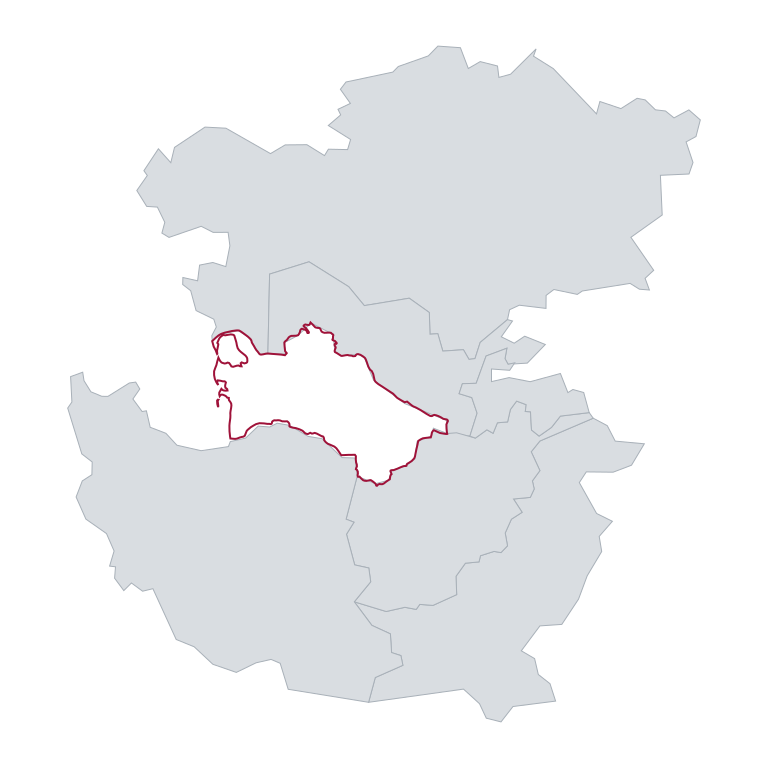 Turkmenistan highlighted, orthographic projection
{"feature_id": "TKM", "entity_name": "Turkmenistan", "entity_type": "country or territory", "adm_level": 0, "iso_a3": "TKM", "parent_name": "Asia", "parent_adm1": "", "projection": "orthographic", "projection_center": [58.325, 38.975], "detail": "fine", "context": "with_neighbors", "style": "outline", "palette": "rose", "viewbox_px": 768, "rotation_deg": 0, "n_neighbors": 6, "source": "natural_earth", "source_scale": "50m", "svg_char_len": 10095}
<svg xmlns="http://www.w3.org/2000/svg" viewBox="0 0 768 768"><path d="M700.3,119.9L696.0,136.5L686.1,141.9L693.0,162.5L689.0,174.0L660.4,175.3L662.2,215.0L630.9,237.3L653.7,270.3L645.1,278.3L649.4,290.0L639.4,289.2L630.1,283.4L582.3,291.0L577.3,294.4L553.9,289.5L546.1,295.4L546.0,308.4L519.3,305.2L509.6,309.7L507.5,319.6L480.2,342.4L475.0,358.6L469.0,359.4L463.4,349.7L442.8,351.1L437.8,333.7L430.0,334.2L429.3,312.5L409.2,298.2L364.3,305.6L348.7,286.7L309.0,261.8L269.6,274.1L267.9,353.8L259.6,354.6L248.9,337.3L238.3,330.7L219.9,334.3L212.3,341.0L211.8,335.7L216.3,327.0L213.8,319.2L196.1,310.6L190.7,290.7L182.7,284.5L182.9,277.5L197.6,280.8L199.6,265.1L212.8,262.5L225.8,266.6L229.9,245.8L228.1,232.3L213.2,232.4L201.2,226.3L169.0,237.4L161.9,233.1L164.8,222.3L157.4,207.1L146.7,206.4L136.8,190.5L147.3,175.5L143.9,170.7L158.4,148.8L170.8,162.7L174.5,147.4L205.0,127.1L225.9,128.2L270.5,153.6L285.2,144.9L306.9,144.7L324.5,155.6L328.4,149.2L347.6,149.6L350.6,139.5L328.3,125.5L340.7,114.9L338.0,109.3L350.4,103.4L340.4,89.3L346.0,82.0L392.8,72.1L398.3,66.5L428.3,55.9L437.9,46.1L460.4,47.7L468.3,68.5L480.2,61.6L497.5,66.0L498.9,77.4L510.6,74.2L536.1,48.9L533.5,56.2L553.3,68.6L596.5,113.9L599.9,101.5L620.9,108.6L637.1,98.3L645.2,99.9L655.4,109.8L665.5,111.0L674.0,117.9L688.9,109.9L700.3,119.9Z" fill="#d9dde1" stroke="#a8b0b8" stroke-width="1"/><path d="M267.9,353.8L269.6,274.1L309.0,261.8L348.7,286.7L364.3,305.6L409.2,298.2L429.3,312.5L430.0,334.2L437.8,333.7L442.8,351.1L463.4,349.7L469.0,359.4L475.0,358.6L480.2,342.4L507.5,319.6L512.5,321.0L501.3,336.8L514.2,343.2L524.7,336.2L545.3,344.5L527.3,363.1L508.1,364.3L505.0,358.7L506.9,348.2L486.1,356.0L476.2,383.3L462.4,383.7L459.1,393.7L471.8,397.6L477.1,413.2L469.9,436.1L447.1,433.5L446.4,420.3L404.8,403.6L373.5,380.0L364.5,358.0L358.8,354.3L341.3,355.8L334.9,351.5L332.9,334.3L311.2,323.1L297.7,335.6L283.8,342.9L286.3,353.9L267.9,353.8Z" fill="#d9dde1" stroke="#a8b0b8" stroke-width="1"/><path d="M644.3,443.8L631.5,465.2L613.1,472.2L586.3,471.9L579.3,482.6L596.6,513.5L612.4,521.3L599.2,536.4L601.7,551.5L587.2,575.8L578.5,599.2L561.8,624.4L539.9,625.9L521.3,650.8L534.6,658.6L538.3,674.5L550.0,683.7L555.6,701.1L513.0,706.5L501.0,721.9L486.3,718.2L479.5,703.7L463.5,689.1L368.6,702.3L375.3,677.5L402.9,665.3L400.9,655.6L391.6,652.6L390.4,633.9L371.9,625.4L354.3,601.8L386.2,611.5L404.9,607.3L416.2,609.4L419.8,604.4L433.0,605.4L456.7,594.6L456.0,576.3L465.4,563.2L479.0,561.9L480.5,555.7L494.1,551.4L501.0,552.6L507.5,545.8L505.2,533.0L511.4,519.2L522.1,512.3L513.5,499.0L530.3,497.4L534.2,489.0L532.4,480.9L539.9,470.6L531.2,451.8L539.9,441.0L593.2,418.2L607.3,425.7L615.2,441.1L644.3,443.8Z" fill="#d9dde1" stroke="#a8b0b8" stroke-width="1"/><path d="M447.1,433.5L456.6,432.8L475.4,438.1L486.9,429.8L493.1,433.3L497.4,422.8L507.6,421.9L510.4,409.5L516.6,401.1L526.2,404.7L525.3,411.5L530.5,411.8L531.5,430.0L539.1,436.1L551.5,427.4L560.4,416.1L589.2,412.6L593.2,418.2L539.9,441.0L531.2,451.8L539.9,470.6L532.4,480.9L534.2,489.0L530.3,497.4L513.5,499.0L522.1,512.3L511.4,519.2L505.2,533.0L507.5,545.8L501.0,552.6L494.1,551.4L480.5,555.7L479.0,561.9L465.4,563.2L456.0,576.3L456.7,594.6L433.0,605.4L419.8,604.4L416.2,609.4L404.9,607.3L386.2,611.5L354.3,601.8L370.7,581.8L368.8,568.0L354.7,564.9L346.5,534.2L354.0,522.2L346.1,519.2L357.2,476.2L375.4,483.7L388.6,480.2L391.8,470.2L405.4,466.2L414.8,459.0L417.2,441.4L431.3,436.1L433.4,428.2L447.1,433.5Z" fill="#d9dde1" stroke="#a8b0b8" stroke-width="1"/><path d="M469.9,436.1L477.1,413.2L471.8,397.6L459.1,393.7L462.4,383.7L476.2,383.3L486.1,356.0L506.9,348.2L505.0,358.7L508.1,364.3L514.7,362.8L509.7,370.3L491.5,369.0L491.5,381.6L509.1,377.6L530.2,381.7L560.4,373.5L567.9,392.6L572.9,389.5L583.7,392.5L589.2,412.6L560.4,416.1L551.5,427.4L539.1,436.1L531.5,430.0L530.5,411.8L525.3,411.5L526.2,404.7L516.6,401.1L510.4,409.5L507.6,421.9L497.4,422.8L493.1,433.3L486.9,429.8L475.4,438.1L469.9,436.1Z" fill="#d9dde1" stroke="#a8b0b8" stroke-width="1"/><path d="M123.8,590.6L114.6,578.2L115.5,566.8L109.6,566.1L114.1,551.0L106.5,533.6L85.9,519.1L76.1,497.0L82.3,480.9L91.9,474.7L92.2,462.0L81.8,453.9L67.7,408.1L71.9,402.0L70.6,376.6L82.7,372.2L84.0,380.7L90.9,391.8L101.8,396.3L107.9,396.4L129.3,383.0L135.7,382.1L139.8,389.0L132.9,399.0L142.1,411.5L146.4,410.8L150.2,427.3L165.9,433.3L176.9,445.2L201.1,450.7L228.4,446.6L230.3,441.6L245.6,438.1L258.2,426.1L269.7,427.0L277.2,423.2L289.3,425.3L308.2,436.4L322.0,438.7L342.1,457.6L355.1,458.0L357.2,476.2L346.1,519.2L354.0,522.2L346.5,534.2L354.7,564.9L368.8,568.0L370.7,581.8L354.3,601.8L371.9,625.4L390.4,633.9L391.6,652.6L400.9,655.6L402.9,665.3L375.3,677.5L368.6,702.3L288.2,689.3L280.2,663.3L271.0,659.4L256.1,662.8L236.3,672.4L212.9,664.3L194.2,646.8L176.2,639.5L152.9,588.7L142.6,591.2L131.4,583.0L123.8,590.6Z" fill="#d9dde1" stroke="#a8b0b8" stroke-width="1"/><path d="M268.1,353.5L272.4,353.9L276.3,354.2L281.1,354.6L282.5,354.8L284.2,355.1L285.0,355.2L285.8,354.2L286.3,353.7L286.7,353.3L286.6,352.8L286.0,352.4L285.1,351.1L284.6,346.4L284.4,342.3L285.5,341.0L286.8,340.1L288.7,337.4L289.7,336.6L291.2,335.9L296.1,335.7L298.1,335.2L298.8,334.3L299.9,332.1L300.3,330.2L300.9,329.4L301.6,328.8L302.3,328.8L303.8,329.4L304.9,329.7L305.7,330.1L306.4,330.7L307.1,331.8L307.2,332.6L307.5,333.0L308.0,333.0L308.5,333.0L308.7,332.9L308.9,332.5L308.8,332.0L307.8,330.5L305.8,327.9L304.4,326.9L303.7,326.3L303.6,325.7L304.4,324.9L305.3,324.5L306.8,324.8L308.8,325.0L309.6,324.6L310.5,322.5L312.8,324.7L315.1,327.2L316.0,327.6L317.7,327.9L319.1,328.0L319.7,328.2L320.3,328.9L321.6,331.6L322.8,332.3L324.4,332.8L329.4,332.6L330.9,332.8L332.2,334.0L333.0,334.5L333.3,335.0L333.3,335.5L333.0,336.3L333.0,337.6L332.9,338.7L332.5,339.2L332.4,339.7L332.7,340.1L335.1,341.1L335.9,342.1L336.5,342.6L336.7,343.3L336.3,343.8L335.2,343.6L334.6,344.3L334.7,345.6L335.5,346.8L335.7,347.8L335.2,348.9L334.7,350.4L334.7,351.5L335.0,352.1L336.9,353.1L341.1,355.8L342.0,355.9L345.9,355.2L347.8,355.0L348.9,355.4L351.9,355.7L352.9,356.2L353.9,356.2L355.3,356.0L356.2,354.7L356.7,354.4L357.1,354.2L358.0,354.1L360.4,354.8L363.0,356.4L364.8,357.8L365.7,359.2L366.8,362.1L368.3,366.6L370.0,369.6L371.8,371.1L373.2,374.0L374.6,380.4L375.4,381.6L376.1,382.3L378.3,384.1L382.7,386.9L385.3,388.6L389.4,391.3L393.1,393.7L396.9,397.6L397.7,398.2L401.0,400.2L404.6,402.2L407.1,401.6L411.0,404.8L412.6,406.0L413.3,406.4L416.1,407.6L420.6,410.1L426.4,413.8L430.1,415.9L431.1,416.1L432.1,416.0L433.1,415.4L434.2,414.9L436.2,415.3L438.4,416.1L439.7,416.7L441.4,417.6L442.7,418.5L443.6,418.9L446.8,419.5L447.4,419.9L447.8,420.5L447.9,421.1L446.4,424.4L446.5,428.5L446.8,431.5L447.2,433.9L446.3,434.0L444.2,433.7L440.0,433.0L436.3,431.3L433.9,430.2L433.5,430.4L432.6,431.4L431.9,432.6L431.5,434.8L430.8,437.4L426.5,437.8L422.9,438.3L420.6,439.4L418.3,440.9L417.9,442.5L417.5,444.6L416.4,449.3L415.5,453.6L415.0,456.4L414.2,458.4L411.7,461.0L408.8,462.9L407.2,463.8L406.6,464.8L406.5,465.7L405.9,466.0L404.6,466.0L403.3,466.2L400.5,467.3L397.4,468.7L393.7,470.1L391.6,470.2L390.7,470.5L390.4,471.1L390.8,472.2L391.2,473.1L391.6,474.1L390.7,475.0L390.2,476.6L389.8,479.3L388.5,480.1L386.4,481.5L384.1,483.3L383.5,483.7L382.2,484.2L380.8,484.2L379.6,484.0L378.2,484.5L376.9,485.8L376.2,485.5L375.8,484.2L375.1,483.3L372.9,481.5L370.9,480.2L370.1,480.1L368.4,480.5L366.3,480.9L364.5,480.7L363.1,480.2L361.0,478.3L360.1,477.3L359.5,476.6L358.1,476.8L357.7,476.0L357.6,475.0L357.9,473.7L357.8,471.5L356.9,469.8L355.9,469.2L356.0,468.6L356.4,467.5L356.9,466.5L356.8,464.5L356.1,462.4L355.8,459.3L355.9,456.2L354.9,454.8L347.8,454.9L341.4,455.2L341.0,454.9L338.5,451.1L336.4,448.3L334.4,446.6L329.9,444.6L327.7,443.7L325.8,442.2L324.3,440.4L323.9,438.0L323.6,437.2L323.1,436.6L322.7,436.3L322.1,436.4L316.8,433.6L314.7,432.9L312.8,433.5L311.9,433.6L310.2,432.8L308.2,433.9L307.4,434.0L306.2,433.7L305.2,433.3L302.6,430.8L300.4,429.7L298.9,429.1L295.8,428.1L292.6,427.6L290.9,427.1L289.7,426.6L289.4,426.2L289.5,425.3L289.4,424.0L289.0,423.1L288.2,422.1L287.1,421.3L285.1,421.4L282.2,421.3L279.9,420.4L278.1,420.2L276.0,420.4L274.2,420.3L273.0,420.9L272.2,421.6L271.7,423.6L271.3,423.9L270.6,424.1L269.6,423.9L267.5,423.9L264.0,423.4L259.5,423.2L256.1,424.1L253.4,425.6L250.8,427.2L247.7,429.8L246.7,430.9L244.8,435.7L244.0,436.3L242.9,436.8L241.9,436.9L239.8,437.5L237.0,438.6L235.1,438.9L230.4,438.5L230.1,436.9L229.5,431.3L229.4,425.7L229.6,423.2L230.3,418.0L230.4,415.4L230.3,413.0L230.6,410.7L231.1,408.1L231.4,405.5L231.2,403.6L230.4,402.1L229.0,400.2L228.8,399.1L228.8,397.9L227.3,397.7L226.1,396.3L225.0,395.6L222.8,394.7L221.6,394.6L220.5,395.1L219.7,396.2L219.2,394.4L219.3,392.5L221.4,388.8L222.5,390.0L223.9,390.5L225.7,390.7L227.5,390.5L227.2,389.1L226.4,388.4L225.4,387.7L225.1,386.0L225.4,384.2L225.9,382.5L225.4,381.8L224.6,381.3L222.7,381.3L220.3,380.7L217.8,380.4L217.1,382.3L218.3,385.0L217.2,383.7L216.2,381.9L214.8,378.8L214.1,375.1L214.1,371.2L215.2,368.1L216.4,365.1L217.3,361.3L218.4,357.6L219.2,359.3L220.1,360.9L221.4,362.4L222.2,362.8L224.5,363.5L226.0,363.3L227.6,362.6L229.1,363.0L230.3,364.6L231.4,366.4L233.1,366.8L236.8,365.7L238.5,365.5L239.9,366.2L240.7,366.3L241.5,366.3L240.9,364.7L240.7,363.2L241.6,362.4L244.4,363.4L246.2,362.9L246.7,362.6L247.1,362.2L247.4,360.9L247.3,359.6L247.2,358.3L246.7,357.2L245.5,355.6L240.6,351.7L239.0,350.1L237.7,348.2L236.9,345.4L236.4,342.6L235.8,340.5L234.3,335.6L233.7,335.0L232.9,334.7L230.8,334.4L228.7,334.7L225.3,335.3L223.4,335.0L222.5,335.4L220.1,337.3L219.0,339.0L217.3,342.9L218.3,344.2L218.2,345.1L217.0,350.9L217.3,353.8L217.1,354.0L216.8,353.3L215.7,350.3L213.7,346.6L212.2,341.1L215.7,337.8L218.6,335.4L221.0,334.0L221.7,333.7L224.9,332.6L229.0,331.7L232.0,331.0L235.9,330.5L237.1,330.4L239.0,330.5L240.5,331.3L241.3,331.8L244.5,334.1L247.7,336.5L250.4,339.0L251.2,340.1L251.6,341.3L251.8,342.5L254.1,346.3L255.0,348.0L256.4,350.2L257.5,351.4L258.5,352.7L259.3,353.8L260.1,354.4L261.0,354.6L263.2,354.3L265.8,353.7L267.4,353.5L268.1,353.5ZM218.3,406.1L218.1,407.1L217.3,404.0L217.1,400.6L217.7,399.7L218.4,399.8L217.7,401.0L218.3,406.1Z" fill="none" stroke="#9f1239" stroke-width="2"/></svg>